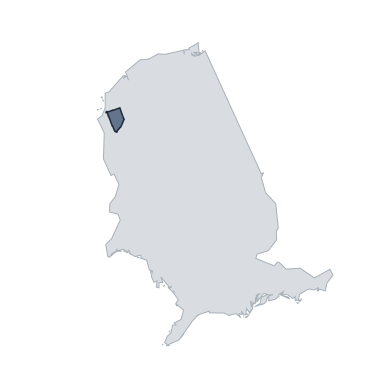 San Bernardino, California, United States of America shown in context, rotated 69°
{"feature_id": "52423323B23069932539838", "entity_name": "San Bernardino", "entity_type": "district", "adm_level": 2, "iso_a3": "USA", "parent_name": "United States of America", "parent_adm1": "California", "projection": "orthographic", "projection_center": [-115.127, 34.84], "detail": "fine", "context": "in_parent", "style": "filled", "palette": "slate", "viewbox_px": 384, "rotation_deg": 69, "n_neighbors": 0, "source": "geoboundaries", "source_scale": "gbopen_adm2", "svg_char_len": 5108}
<svg xmlns="http://www.w3.org/2000/svg" viewBox="0 0 384 384"><g transform="rotate(69 192 192)"><path d="M301.9,118.3L316.1,108.6L313.6,90.9L320.2,90.3L325.7,99.0L332.2,102.9L328.1,108.3L328.7,110.1L326.7,108.6L327.3,112.9L324.3,117.9L326.1,128.5L330.7,131.0L332.1,129.5L330.8,128.1L331.7,128.6L332.9,130.4L328.6,134.4L326.6,132.9L327.5,136.0L322.0,139.7L319.2,145.6L318.7,143.3L317.7,142.2L318.8,147.8L320.4,148.0L321.9,152.4L321.2,159.4L316.4,157.6L316.9,153.2L315.7,156.7L318.2,160.1L320.6,161.6L321.9,163.9L321.5,174.7L320.5,168.5L315.1,164.8L314.8,158.2L312.4,161.3L316.9,169.1L312.8,168.0L311.8,168.7L311.7,165.7L311.4,164.9L311.1,167.4L311.8,169.2L317.8,170.3L317.4,172.2L314.1,170.3L313.1,170.2L317.1,172.4L318.6,172.6L318.7,175.0L316.6,174.0L320.2,176.2L319.8,176.9L318.0,175.8L314.8,176.3L319.6,177.7L321.9,176.5L327.2,183.2L322.9,178.2L325.0,181.7L320.4,182.9L325.0,185.3L326.1,183.5L325.5,187.8L320.8,188.5L324.1,189.2L322.5,191.9L325.6,192.0L321.1,194.9L320.6,201.7L316.6,205.2L311.0,219.1L309.4,218.4L308.9,229.2L309.3,231.6L312.9,238.3L325.5,257.1L326.1,269.4L322.7,271.4L317.8,266.7L315.8,261.9L309.3,257.9L310.3,254.6L307.9,255.6L307.0,247.7L299.1,242.3L290.4,247.2L287.6,243.3L278.4,245.8L279.1,243.8L277.9,246.0L273.9,248.0L273.0,244.6L272.9,247.2L260.1,251.5L266.0,251.7L264.8,255.3L269.7,257.2L267.9,259.4L262.3,256.6L262.7,259.9L255.9,260.2L251.5,257.1L249.6,259.7L239.4,258.8L234.6,264.4L235.8,262.9L232.5,262.4L231.9,268.2L226.5,272.9L227.7,271.6L223.7,271.8L225.3,273.4L221.0,276.6L220.1,283.0L217.9,282.4L219.9,283.7L221.0,289.2L223.4,292.3L222.1,293.7L210.2,291.4L206.6,283.6L192.5,269.1L186.2,269.0L181.0,276.2L173.2,272.7L169.2,265.5L158.7,257.5L147.4,258.3L147.6,261.7L129.4,262.8L105.5,252.8L90.2,254.0L88.2,248.2L81.8,242.6L68.6,237.7L68.8,233.6L58.8,214.6L59.3,212.7L61.4,215.3L60.2,211.2L64.9,211.1L56.1,211.0L50.1,193.3L52.4,184.4L50.9,174.1L53.8,167.7L56.7,149.0L60.7,149.9L56.4,148.5L58.1,143.6L56.6,143.5L55.0,132.8L64.4,135.4L62.0,140.8L65.5,137.1L64.8,141.7L62.4,142.7L64.1,143.0L66.0,141.2L67.0,136.5L65.0,129.1L200.2,120.8L199.5,118.1L203.2,122.1L219.1,123.6L232.9,118.0L256.6,124.4L258.7,127.3L267.2,130.2L274.1,141.9L273.4,153.6L276.8,156.2L290.5,141.7L287.9,137.3L289.0,135.9L297.7,131.8L301.9,118.3ZM324.8,140.8L327.0,139.0L319.4,146.5L325.2,139.2L324.8,140.8ZM65.4,133.7L66.4,136.7L66.3,137.1L64.7,134.8L65.4,133.7ZM223.0,291.3L220.9,286.7L220.6,283.9L221.2,286.8L223.0,291.3ZM328.9,108.3L329.6,109.7L329.1,109.6L328.9,108.3ZM251.9,258.5L252.4,259.6L251.1,258.9L251.9,258.5ZM73.6,242.6L75.1,242.0L75.3,242.2L73.6,242.6ZM72.0,242.1L71.4,242.9L70.9,242.1L72.0,242.1ZM330.9,133.4L330.7,134.6L330.4,134.5L330.9,133.4ZM221.1,281.2L220.5,283.6L222.0,278.9L221.1,281.2ZM321.7,250.8L324.1,254.6L321.3,250.5L321.7,250.8ZM81.3,246.6L82.0,247.9L81.2,246.7L81.3,246.6ZM326.8,269.8L326.1,271.5L327.2,268.0L326.8,269.8ZM328.6,185.6L328.1,187.7L327.5,183.4L328.6,185.6ZM64.3,131.2L64.2,132.0L63.7,131.6L64.3,131.2ZM225.5,274.3L223.5,275.7L225.5,273.9L225.5,274.3ZM333.5,132.5L333.9,133.5L333.1,133.7L333.5,132.5ZM81.2,250.0L81.7,251.5L81.0,250.2L81.2,250.0ZM223.1,276.6L222.3,277.4L222.9,276.3L223.1,276.6ZM322.2,165.8L322.0,168.5L322.0,164.9L322.2,165.8ZM234.1,265.5L232.8,266.7L234.6,264.8L234.1,265.5ZM309.4,230.2L309.7,232.1L309.2,230.9L309.4,230.2ZM326.1,192.1L325.8,192.6L326.4,190.8L326.1,192.1ZM293.6,245.7L292.3,247.2L291.6,247.2L293.6,245.7ZM273.2,247.9L273.0,248.3L272.1,248.5L273.2,247.9ZM314.2,262.6L314.7,263.8L313.9,262.5L314.2,262.6ZM269.7,251.5L269.7,252.8L269.1,250.7L269.7,251.5ZM324.2,274.1L323.3,274.5L324.4,273.7L324.2,274.1ZM322.0,153.3L322.0,154.6L321.9,152.8L322.0,153.3ZM327.4,188.4L327.1,189.0L327.4,188.4Z" fill="#d9dde1" stroke="#a8b0b8" stroke-width="1"/><path d="M106.0,235.5L105.0,234.4L104.2,233.7L103.5,233.0L103.2,232.6L102.9,232.3L102.1,231.6L101.9,231.4L101.5,231.0L101.4,230.9L101.2,230.7L100.7,230.2L99.9,229.5L99.8,229.3L99.2,229.3L99.2,229.5L93.6,229.4L87.6,229.2L87.6,229.9L87.5,230.1L87.7,230.3L87.6,231.0L87.5,231.9L87.5,233.2L87.5,234.5L87.4,236.6L87.2,236.6L87.2,237.7L87.1,238.6L87.2,239.1L87.2,239.8L87.2,240.1L87.2,240.3L87.2,240.7L87.2,241.0L87.0,241.6L86.9,241.9L86.8,242.1L86.6,242.7L86.4,242.7L86.4,242.8L86.2,243.0L86.3,243.2L86.9,243.8L87.0,243.8L87.0,243.7L87.1,243.4L87.4,243.4L87.4,243.1L87.7,242.9L87.7,242.7L87.9,242.6L88.9,242.6L89.5,242.8L89.8,242.8L90.5,242.9L91.7,242.9L91.7,242.7L93.0,242.7L94.3,242.7L95.6,242.7L97.6,242.8L99.4,242.8L101.8,242.8L101.8,242.5L102.4,242.5L107.3,242.4L107.4,242.2L107.5,242.2L107.8,242.1L108.0,242.0L108.1,241.9L108.2,241.7L108.3,241.7L108.5,241.7L108.7,241.4L108.8,241.3L108.9,241.2L109.0,241.1L109.2,240.9L109.2,240.7L109.0,240.4L108.9,240.4L108.7,240.3L108.6,240.2L108.4,240.1L108.2,240.0L108.2,239.9L108.1,239.7L107.9,239.6L107.7,239.6L107.6,239.4L107.6,239.2L107.6,238.9L107.5,238.7L107.4,238.6L107.4,238.4L107.3,238.2L107.2,238.1L107.2,237.9L107.1,237.7L106.9,237.5L106.8,237.4L106.7,237.4L106.6,237.2L106.4,237.0L106.4,236.9L106.3,236.7L106.2,236.6L106.0,236.4L106.1,236.2L106.1,235.9L106.0,235.7L106.0,235.5Z" fill="#64748b" stroke="#1e293b" stroke-width="1.5"/></g></svg>